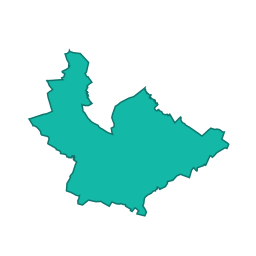 Tērvetes pag., Tervetes, Latvia, rotated 76°
{"feature_id": "27541924B26561514973338", "entity_name": "Tērvetes pag.", "entity_type": "district", "adm_level": 2, "iso_a3": "LVA", "parent_name": "Latvia", "parent_adm1": "Tervetes", "projection": "orthographic", "projection_center": [23.319, 56.485], "detail": "fine", "context": "isolated", "style": "filled", "palette": "teal", "viewbox_px": 256, "rotation_deg": 76, "n_neighbors": 0, "source": "geoboundaries", "source_scale": "gbopen_adm2", "svg_char_len": 5689}
<svg xmlns="http://www.w3.org/2000/svg" viewBox="0 0 256 256"><g transform="rotate(76 128 128)"><path d="M38.7,166.1L39.8,166.6L41.0,169.0L41.0,170.2L40.9,171.1L46.8,170.7L50.8,169.6L53.2,170.5L53.5,169.9L53.6,170.1L53.6,170.4L53.8,170.5L54.1,170.0L54.3,169.9L55.5,171.7L56.3,174.0L57.1,178.1L57.7,178.2L58.3,178.1L59.4,176.8L60.0,176.2L60.3,176.2L61.4,177.1L62.9,177.7L63.3,180.2L63.8,180.1L64.5,180.2L65.3,179.6L64.9,181.9L63.9,187.3L64.0,187.3L62.5,195.1L62.3,195.2L62.4,195.4L64.5,194.5L67.8,194.1L72.6,191.9L73.9,195.5L74.9,197.7L78.9,198.1L87.3,197.7L89.3,197.7L93.5,197.4L94.1,200.7L94.5,203.6L94.3,207.2L95.3,219.5L95.3,221.8L101.9,219.7L102.8,219.7L103.0,218.6L105.0,216.3L107.6,214.8L110.0,213.8L113.2,213.8L113.9,213.4L116.8,207.9L118.2,207.1L118.9,207.1L119.7,207.4L123.7,209.6L124.1,209.4L125.1,208.3L125.6,207.8L125.9,207.3L126.6,206.7L130.1,203.0L130.6,202.7L131.6,202.8L133.3,200.3L134.5,199.2L136.2,199.6L136.5,199.5L138.0,196.0L138.7,194.9L139.7,194.3L141.3,194.2L141.4,193.8L141.7,193.4L141.6,192.9L141.8,192.8L142.3,192.7L142.3,192.3L142.5,192.2L142.5,191.9L142.7,191.7L142.7,191.4L142.8,191.2L143.2,190.4L143.0,190.1L142.7,190.2L141.9,189.5L142.0,189.4L142.4,189.0L141.6,189.0L141.5,188.7L141.5,188.4L141.8,188.2L142.3,188.3L142.4,188.5L142.7,187.6L142.0,187.1L142.0,186.9L142.9,186.7L143.1,187.1L143.3,187.1L143.5,187.4L143.6,186.9L144.0,186.9L144.2,187.2L144.1,187.6L143.9,187.8L144.2,187.7L144.3,187.7L143.9,188.2L144.9,188.5L145.6,188.4L146.0,187.9L146.1,188.2L146.6,188.0L147.3,187.1L147.3,186.9L147.5,186.7L148.2,186.5L148.4,186.4L148.6,186.0L148.9,186.1L149.1,186.5L150.7,187.8L158.1,192.4L160.1,195.1L161.1,196.1L162.2,195.8L166.9,200.5L173.9,202.9L174.1,202.9L174.7,202.1L176.7,198.8L177.0,198.6L178.6,196.8L180.7,194.6L181.8,192.5L182.0,191.9L181.9,191.5L184.7,192.8L185.0,193.0L185.8,193.8L186.6,194.3L189.4,194.8L191.7,190.8L188.4,183.8L191.7,177.0L192.8,171.7L194.3,170.6L199.4,165.1L195.9,161.6L195.9,161.4L198.9,157.3L199.9,154.1L199.4,153.2L200.8,151.7L201.8,148.9L203.2,149.3L206.5,145.9L207.5,144.8L208.7,145.6L210.0,144.2L207.2,140.6L208.2,139.5L210.9,137.6L212.0,139.0L213.5,140.1L217.3,132.9L214.1,130.5L211.4,131.0L206.9,132.4L205.5,131.2L200.5,129.2L199.3,128.1L198.0,125.7L197.6,124.5L196.9,121.2L195.7,119.4L195.4,118.7L195.2,118.1L195.3,117.5L195.7,116.6L194.7,116.0L194.2,115.0L194.2,114.3L193.1,114.4L192.4,113.9L194.7,111.5L195.2,112.0L195.3,111.9L195.0,111.3L194.1,106.6L193.8,105.9L193.3,105.2L191.4,103.3L190.4,102.8L189.5,102.7L189.6,100.7L189.6,98.7L189.2,98.0L189.7,97.3L186.3,92.3L185.6,88.3L191.0,80.4L184.6,76.7L183.9,76.1L182.4,73.9L185.8,72.2L186.4,71.6L185.6,71.0L183.3,70.4L182.8,64.2L182.3,63.9L182.0,63.1L181.8,62.8L181.7,62.6L181.8,62.4L182.2,62.7L182.6,62.6L182.9,62.2L182.7,61.4L174.7,55.1L175.2,54.4L176.8,53.2L175.5,50.8L173.5,48.0L171.2,40.4L170.8,39.6L170.7,38.6L171.8,36.9L168.1,34.2L167.1,34.8L161.6,39.7L155.2,35.5L155.0,36.7L154.9,37.0L151.7,39.6L150.6,42.0L150.5,42.3L150.5,44.0L148.2,47.7L149.9,51.2L151.9,54.7L153.7,58.2L150.8,60.6L145.1,65.6L141.7,68.7L139.8,70.7L138.8,71.6L137.8,71.9L137.2,72.4L135.9,74.0L133.9,74.6L132.2,74.7L131.0,74.0L130.1,74.3L131.0,76.0L134.3,81.3L131.7,82.1L127.0,83.4L127.0,83.5L124.7,84.2L125.0,84.9L125.7,85.1L125.7,86.2L124.8,86.3L124.2,86.6L124.2,88.0L124.1,88.5L123.8,89.3L123.0,90.5L122.3,91.0L121.2,91.1L120.6,91.4L119.8,92.0L119.2,93.0L117.5,93.8L117.4,94.2L117.5,94.5L118.1,95.0L118.3,95.4L118.3,95.9L117.6,96.7L116.0,97.6L114.8,97.3L114.5,97.0L114.3,96.3L113.7,95.8L113.3,94.6L113.0,94.0L112.4,93.4L111.8,93.6L110.8,93.6L110.6,93.9L110.7,94.1L111.2,94.5L111.3,94.7L111.3,94.8L110.6,95.4L110.1,95.4L108.5,94.9L107.5,95.0L107.4,95.1L107.5,95.2L107.9,95.4L108.2,95.7L108.1,96.2L107.5,96.2L106.9,95.9L105.8,97.1L105.5,97.7L105.1,98.1L105.0,98.3L105.1,98.5L105.1,98.8L104.9,98.9L104.7,98.7L104.6,98.3L104.3,98.3L104.1,98.4L104.3,99.1L104.1,99.4L104.1,99.8L103.9,100.0L103.1,99.8L102.6,98.7L102.3,98.3L101.5,97.6L101.4,97.7L101.3,97.9L101.6,98.3L101.6,98.6L100.3,99.8L99.7,100.0L99.4,100.3L99.3,100.6L99.2,101.2L99.2,101.3L98.4,101.4L98.3,101.1L98.0,101.0L97.7,101.2L97.6,101.5L96.4,101.8L96.0,102.2L95.8,102.3L95.4,102.1L95.1,101.7L94.6,101.8L94.2,102.3L93.1,101.8L93.9,103.4L98.9,114.7L99.1,116.3L99.1,118.5L99.3,120.1L101.1,127.8L101.6,129.5L102.7,131.5L103.2,132.8L103.9,135.0L111.2,139.8L114.1,141.2L120.4,140.5L121.2,140.5L123.5,141.4L124.1,144.3L127.7,144.6L130.4,144.5L127.8,148.5L126.6,149.7L122.7,153.3L120.7,155.6L120.3,155.8L118.2,156.4L115.2,160.0L113.2,161.9L112.5,162.4L111.5,163.1L111.4,162.9L108.6,164.6L102.6,166.4L102.1,166.7L101.3,167.6L97.8,167.2L94.3,167.1L95.1,166.3L94.9,165.2L95.8,164.4L96.0,164.0L96.1,162.9L96.5,161.7L96.5,161.2L96.7,160.8L95.6,157.3L95.4,157.6L95.3,157.2L95.0,157.2L94.9,157.4L94.4,157.4L94.4,157.6L94.6,157.7L94.5,157.9L94.1,157.9L93.7,158.2L93.3,158.2L92.6,158.5L91.5,158.8L91.2,159.0L90.4,159.0L90.2,159.0L89.8,159.4L89.6,159.7L89.2,159.6L88.7,160.1L88.3,159.5L87.8,159.8L87.6,159.7L86.8,159.9L86.7,159.7L86.9,159.4L87.3,159.2L87.3,158.9L87.0,159.1L87.0,158.8L86.7,158.7L86.7,158.9L86.3,158.8L86.1,158.9L86.3,159.1L86.2,159.2L85.0,159.9L84.6,159.4L84.6,159.7L84.1,159.9L84.0,159.6L84.1,159.3L84.2,159.1L84.1,158.6L83.8,158.4L83.6,158.5L83.5,158.8L83.4,158.9L83.2,158.6L82.8,158.7L82.7,158.9L83.1,159.3L83.1,159.5L82.3,159.7L82.2,159.7L82.0,159.4L81.8,159.4L81.7,159.7L81.3,159.9L81.0,159.5L80.5,158.7L80.2,158.6L80.0,158.4L79.5,158.2L79.3,157.9L79.3,157.6L79.1,157.3L78.4,157.3L77.7,157.7L77.4,157.5L76.4,155.9L75.7,154.3L74.9,152.0L69.2,154.3L68.8,154.3L68.3,155.4L67.5,155.8L64.6,156.4L63.8,154.9L54.9,150.4L44.2,156.3L41.6,163.1L41.0,163.8L39.9,165.8L38.7,166.1Z" fill="#14b8a6" stroke="#0f766e" stroke-width="1.5"/></g></svg>